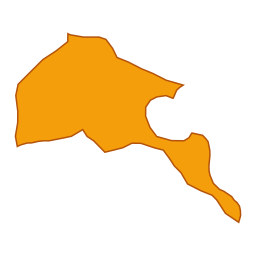 Ryonggang, P'yŏngan-namdo, North Korea
{"feature_id": "82179303B96536489392823", "entity_name": "Ryonggang", "entity_type": "district", "adm_level": 2, "iso_a3": "PRK", "parent_name": "North Korea", "parent_adm1": "P'yŏngan-namdo", "projection": "robinson", "projection_center": [125.476, 38.813], "detail": "fine", "context": "isolated", "style": "filled", "palette": "amber", "viewbox_px": 256, "rotation_deg": 0, "n_neighbors": 0, "source": "geoboundaries", "source_scale": "gbopen_adm2", "svg_char_len": 1101}
<svg xmlns="http://www.w3.org/2000/svg" viewBox="0 0 256 256"><path d="M229.5,195.1L224.0,191.4L219.4,189.3L213.3,183.3L210.0,175.3L209.1,171.2L208.9,166.3L209.9,155.4L209.8,150.4L208.1,141.8L205.5,138.3L202.5,135.3L191.9,133.0L188.9,137.8L183.9,140.8L171.4,140.6L163.2,138.3L156.7,136.5L150.0,127.5L145.6,116.2L145.7,107.2L150.4,100.2L156.9,96.9L166.0,95.6L172.7,98.2L173.2,98.2L176.7,90.1L179.8,87.3L183.2,85.1L166.1,80.2L152.7,73.4L141.5,68.8L128.2,62.0L117.0,57.5L112.6,48.4L105.9,39.4L99.2,37.1L92.5,37.1L83.5,37.1L70.1,34.8L67.9,33.7L67.8,41.6L56.5,50.6L43.0,59.5L33.9,68.5L18.1,84.3L15.8,95.6L17.8,111.4L17.7,122.7L15.4,136.2L17.3,146.5L20.6,144.9L27.3,143.0L31.5,142.9L38.7,141.3L43.6,140.8L49.0,140.8L60.2,138.6L71.4,136.3L82.7,129.6L87.1,136.4L93.8,140.9L104.9,152.2L113.9,150.0L122.9,147.7L131.9,143.2L140.9,143.3L154.3,147.8L163.3,150.1L169.9,159.1L174.3,165.9L181.0,172.7L187.6,184.0L201.0,190.8L212.2,195.3L216.7,199.9L225.5,213.4L238.7,222.3L240.6,215.6L240.4,210.7L239.5,206.3L237.2,202.8L234.1,200.1L231.6,196.5L229.5,195.1Z" fill="#f59e0b" stroke="#b45309" stroke-width="1.5"/></svg>